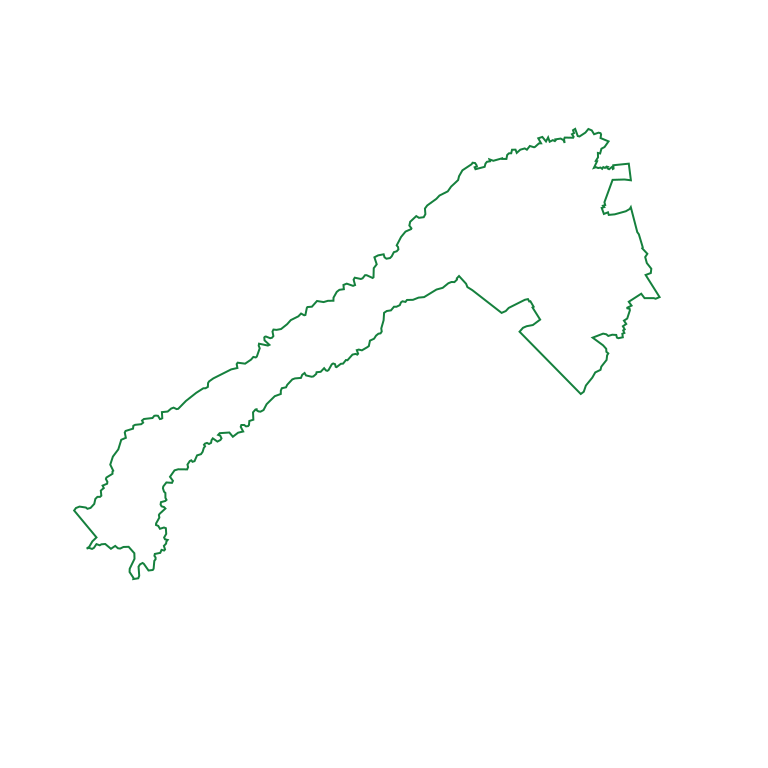 the district of Cuitláhuac, Veracruz, Mexico, rotated 137°
{"feature_id": "50627088B21126743543200", "entity_name": "Cuitláhuac", "entity_type": "district", "adm_level": 2, "iso_a3": "MEX", "parent_name": "Mexico", "parent_adm1": "Veracruz", "projection": "mercator", "projection_center": [-96.646, 18.79], "detail": "fine", "context": "isolated", "style": "outline", "palette": "green", "viewbox_px": 768, "rotation_deg": 137, "n_neighbors": 0, "source": "geoboundaries", "source_scale": "gbopen_adm2", "svg_char_len": 6103}
<svg xmlns="http://www.w3.org/2000/svg" viewBox="0 0 768 768"><g transform="rotate(137 384 384)"><path d="M123.2,259.6L118.3,285.3L113.2,283.2L109.9,286.0L109.3,293.2L106.4,298.7L102.6,299.6L102.6,307.2L101.6,307.4L95.5,319.7L95.2,322.3L82.9,345.0L84.9,344.4L89.3,345.4L99.5,350.7L104.3,354.4L103.1,356.8L107.2,358.4L104.7,364.3L102.3,363.2L102.2,365.0L100.2,364.0L98.8,366.6L77.6,377.4L68.6,369.5L64.5,364.6L54.7,378.2L67.1,387.6L69.2,385.0L69.9,385.2L68.5,387.2L72.9,387.6L73.5,389.2L73.2,390.2L72.3,390.2L72.9,391.2L75.0,391.3L75.7,393.1L77.7,392.6L78.0,394.6L80.1,395.9L81.1,398.0L83.1,398.9L76.2,401.6L77.0,402.7L72.9,403.8L70.0,407.1L68.7,405.2L64.5,407.8L61.1,406.9L54.3,408.3L57.9,416.2L55.0,418.5L54.6,419.8L55.7,421.5L60.0,423.4L59.1,427.8L60.6,431.1L65.3,430.5L72.2,431.7L73.2,433.2L70.2,440.2L72.7,440.7L73.9,437.9L76.2,438.5L76.7,435.5L77.7,435.1L83.8,441.0L85.5,440.1L87.5,437.1L86.4,439.9L87.4,443.0L91.8,446.0L92.1,445.2L93.4,445.1L94.2,447.2L97.6,448.2L95.8,452.4L100.1,450.9L99.7,456.7L103.6,458.5L105.0,452.9L106.6,454.3L111.8,454.4L112.8,454.8L115.0,458.6L119.7,457.9L120.4,460.3L124.5,462.4L129.3,462.5L128.0,465.7L130.6,468.0L133.6,466.0L135.3,467.5L137.7,467.5L141.0,465.1L144.1,468.0L143.7,468.5L151.8,472.7L153.7,476.4L154.6,474.6L157.2,476.3L159.4,476.0L162.3,474.2L170.6,478.7L169.9,480.7L167.7,479.8L167.1,481.0L166.7,483.5L168.3,485.4L170.1,485.0L180.9,486.8L187.4,484.8L190.7,482.6L200.3,482.6L206.0,481.4L214.9,484.0L219.4,483.7L230.6,485.1L234.4,484.4L237.9,480.0L241.2,478.9L245.1,481.7L245.9,484.8L254.2,484.8L257.4,482.6L257.8,479.1L258.5,478.8L264.3,480.8L271.2,479.9L280.2,476.7L280.3,474.6L281.7,472.6L284.2,472.4L286.9,473.7L291.3,472.1L293.7,472.0L296.8,474.0L297.2,476.3L295.8,479.1L300.6,482.1L304.6,483.2L307.7,476.5L312.5,475.7L318.9,469.2L320.0,469.3L322.5,475.4L323.7,476.5L327.6,475.9L329.3,476.6L332.9,481.7L335.1,481.0L337.7,476.1L339.7,476.9L342.8,482.8L346.1,484.1L348.7,480.7L352.4,483.3L355.7,483.6L362.0,481.6L364.2,479.4L368.3,483.1L372.3,485.1L376.4,490.4L384.0,489.7L387.5,492.5L388.5,492.3L394.4,488.1L395.5,488.7L396.6,492.1L400.5,491.9L408.6,494.3L414.1,493.8L421.8,494.4L425.7,496.9L427.7,499.2L429.8,498.4L432.2,494.5L434.3,494.2L436.0,495.1L438.0,499.3L439.0,499.8L439.8,499.7L441.6,497.4L441.1,490.8L442.7,491.3L447.9,498.7L449.5,497.5L450.5,494.9L458.3,490.8L459.7,490.9L461.1,492.9L464.6,492.5L471.7,493.6L476.5,499.4L478.2,499.0L480.3,495.7L485.8,498.9L505.0,504.5L510.2,505.2L512.0,504.7L514.8,502.0L517.4,502.6L519.1,504.1L527.3,505.6L540.4,506.7L551.4,506.2L552.8,507.1L554.0,510.2L556.4,511.2L561.0,511.4L565.6,514.9L569.5,510.2L570.5,510.4L571.8,511.2L571.0,514.9L572.3,516.4L573.7,517.4L576.5,517.0L583.4,522.1L585.9,522.3L586.5,520.0L589.0,520.2L593.9,523.9L595.8,524.4L598.0,522.5L605.0,525.9L606.7,525.3L609.5,520.7L614.2,522.4L622.9,517.4L631.8,515.8L639.2,511.7L641.2,505.2L642.2,505.2L643.8,503.5L650.8,504.9L652.2,504.2L653.0,501.1L654.5,499.9L659.1,501.6L659.9,499.0L663.8,499.2L666.9,495.1L668.6,495.1L670.6,496.9L673.5,496.8L677.7,493.9L683.1,493.5L686.0,495.0L686.3,497.0L690.3,502.0L693.9,503.4L696.9,502.8L698.9,467.9L704.6,467.8L710.5,466.0L713.7,466.4L711.5,465.3L710.0,462.5L707.9,462.0L703.5,463.0L701.9,459.9L700.0,459.5L697.0,457.1L696.1,449.7L691.0,448.9L690.6,445.3L689.2,443.6L685.7,442.5L681.8,439.1L682.0,430.5L685.7,426.3L696.0,422.3L698.3,420.0L699.5,413.0L700.4,412.3L696.2,409.5L693.8,410.7L688.1,417.8L685.5,418.5L682.7,417.8L682.3,416.3L683.4,408.2L680.0,405.7L678.5,406.0L672.6,411.3L670.6,411.6L669.4,412.9L669.1,414.9L667.5,416.0L662.8,413.1L659.8,414.4L658.4,412.2L657.0,412.3L655.4,415.7L652.2,415.9L650.6,417.2L648.6,417.5L650.1,419.8L649.5,421.7L645.5,422.9L641.9,427.3L642.8,429.1L646.6,430.9L645.9,434.2L646.9,436.4L645.7,437.5L639.4,439.5L638.0,441.7L636.6,442.1L628.8,442.0L628.8,444.0L630.1,446.2L629.6,448.2L627.7,449.7L623.7,447.6L622.1,447.6L621.5,449.8L618.2,453.4L618.3,455.3L616.8,458.5L615.3,459.6L610.3,460.4L606.5,456.3L604.4,457.1L603.8,462.1L596.1,463.7L592.7,462.0L586.2,455.8L584.0,456.8L582.7,459.1L578.6,460.1L577.0,459.6L577.1,457.7L575.2,456.8L569.4,459.3L565.7,457.5L562.9,458.1L559.5,460.1L557.3,460.5L557.1,462.3L555.6,462.5L553.6,461.6L552.9,459.5L550.6,458.9L548.5,460.5L546.3,461.0L545.1,455.5L541.8,454.6L539.9,455.1L539.0,457.9L540.0,459.9L537.7,460.1L530.2,454.0L530.5,448.5L523.9,447.9L519.4,445.3L518.0,450.4L516.3,451.3L514.2,449.4L513.8,447.1L512.1,445.9L510.7,446.1L507.7,448.8L503.9,447.0L499.1,452.6L495.4,453.0L494.4,452.4L495.0,451.5L494.5,449.6L493.2,448.0L489.9,447.1L483.6,449.3L472.2,449.6L466.3,447.1L464.0,449.5L461.6,450.6L457.9,448.4L455.3,449.4L447.9,449.9L445.3,448.8L440.6,445.1L437.5,446.5L434.6,446.2L435.2,443.5L432.0,438.7L430.5,437.7L426.7,437.6L425.3,438.6L422.0,436.1L417.0,436.4L417.2,433.6L416.5,432.3L415.1,432.0L408.8,434.0L407.2,433.7L406.3,431.9L407.6,429.5L407.2,428.7L401.8,428.2L400.0,426.8L395.5,427.5L394.5,426.3L387.0,427.0L384.3,425.4L383.5,423.7L382.3,423.8L380.8,427.3L379.0,426.4L377.2,423.7L371.1,422.3L369.2,422.1L364.7,425.3L360.4,423.9L356.8,424.8L353.8,424.6L352.0,423.4L349.9,423.9L348.1,426.5L340.8,430.9L335.4,436.0L332.2,435.5L328.7,433.1L324.0,433.7L322.2,432.0L318.7,430.9L316.0,432.1L314.1,431.9L312.3,429.4L309.9,429.8L305.4,425.8L299.8,423.6L295.4,420.2L281.2,417.3L275.5,414.3L268.2,413.8L265.1,412.6L263.0,410.5L259.4,410.6L258.7,411.6L255.5,411.8L255.6,401.3L256.9,398.0L255.4,392.4L249.5,355.8L245.2,354.3L240.9,354.6L223.5,349.5L220.8,347.9L221.5,345.3L220.5,344.7L221.9,338.4L223.2,338.7L225.9,324.6L234.9,325.6L240.3,329.0L244.0,330.3L249.2,329.8L246.9,242.5L243.2,242.1L237.4,245.2L227.3,246.6L221.6,248.4L216.0,246.7L213.2,248.5L204.8,249.8L201.3,252.8L199.1,253.4L199.4,255.9L197.5,258.2L197.4,262.9L199.8,275.6L189.4,271.4L187.5,268.7L187.2,266.2L183.5,264.4L180.7,261.5L182.0,259.1L181.4,257.7L177.5,255.3L175.4,258.2L173.4,257.4L172.5,260.1L170.7,259.8L169.9,263.3L165.9,262.7L165.3,266.7L161.5,266.0L153.9,270.2L153.1,271.5L154.4,273.4L154.0,273.9L149.5,272.5L148.9,277.2L134.3,274.6L134.9,269.1L128.1,262.8L127.2,261.1L123.2,259.6Z" fill="none" stroke="#15803d" stroke-width="2"/></g></svg>